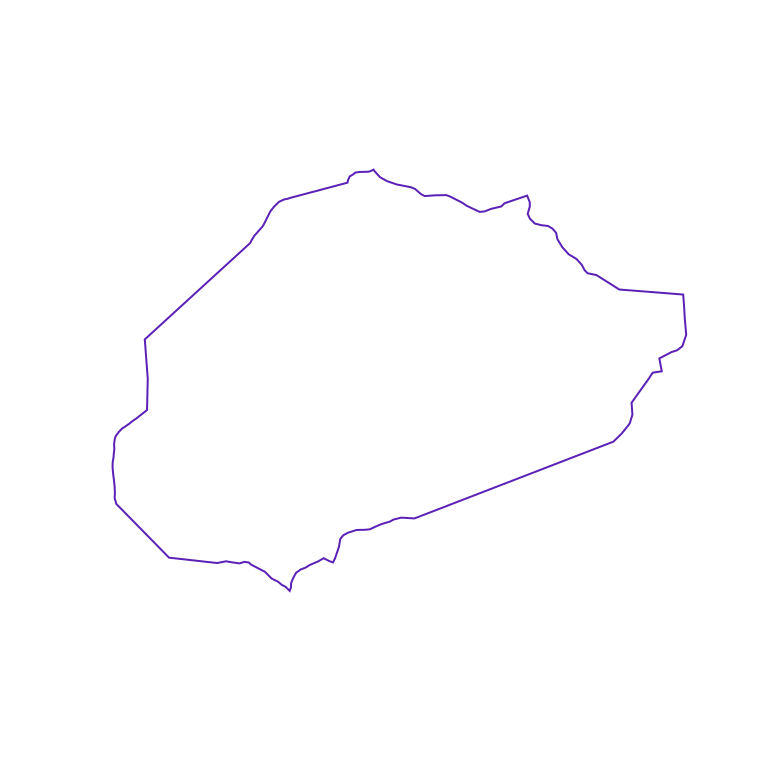 outline of Tou Cochon, Micoud, Saint Lucia, rotated 135°
{"feature_id": "8701671B22263392934776", "entity_name": "Tou Cochon", "entity_type": "district", "adm_level": 2, "iso_a3": "LCA", "parent_name": "Saint Lucia", "parent_adm1": "Micoud", "projection": "mercator", "projection_center": [-60.946, 13.822], "detail": "fine", "context": "isolated", "style": "outline", "palette": "violet", "viewbox_px": 768, "rotation_deg": 135, "n_neighbors": 0, "source": "geoboundaries", "source_scale": "gbopen_adm2", "svg_char_len": 2506}
<svg xmlns="http://www.w3.org/2000/svg" viewBox="0 0 768 768"><g transform="rotate(135 384 384)"><path d="M239.8,542.9L242.8,544.0L244.9,545.1L248.4,548.4L251.4,551.3L255.0,553.9L257.0,553.9L261.5,555.0L265.1,553.7L267.5,552.2L318.5,581.8L321.8,583.5L324.1,585.1L329.5,587.1L331.0,587.1L336.8,587.1L342.4,586.4L346.9,584.9L355.7,582.0L358.3,581.3L367.7,580.7L371.1,580.5L375.9,579.3L379.0,578.3L521.7,584.7L522.0,584.2L538.9,564.6L547.2,554.9L569.9,533.2L572.0,533.4L575.4,533.8L579.3,534.3L583.4,534.7L585.4,535.1L586.4,535.3L589.4,535.8L592.6,536.1L594.6,536.5L597.1,536.9L599.9,537.6L600.9,537.7L602.4,537.7L605.5,537.6L609.4,537.0L610.6,536.8L611.1,536.6L612.3,536.0L614.5,534.6L617.9,531.9L619.3,530.2L620.9,528.5L624.5,525.7L626.1,524.2L629.3,521.8L630.8,520.8L632.4,519.4L633.0,518.8L635.0,516.8L636.9,514.6L638.7,512.4L639.9,510.9L642.6,507.4L644.8,504.7L647.1,501.8L648.5,500.3L651.0,497.6L652.3,496.3L654.1,494.8L654.4,494.5L655.6,493.1L656.6,491.0L658.1,488.5L658.2,474.5L658.8,413.2L628.5,375.3L625.3,373.2L621.0,370.3L619.5,368.1L617.8,365.7L615.3,362.4L613.0,359.3L610.1,357.8L608.5,357.0L608.0,356.3L605.8,353.4L605.8,350.6L604.3,345.8L601.0,335.5L601.0,325.9L598.7,319.1L598.3,314.0L597.0,310.4L597.0,304.4L593.9,305.8L590.3,309.0L585.9,310.8L584.5,311.3L580.7,312.4L579.6,312.7L579.1,312.6L573.9,311.7L571.7,310.7L569.0,309.5L565.1,308.7L564.2,308.4L556.5,305.3L549.9,303.5L549.1,301.2L548.1,298.0L546.3,293.9L541.9,295.3L539.4,296.6L538.3,297.1L536.7,297.9L530.8,300.8L524.6,305.3L522.0,305.6L519.7,305.8L514.8,304.4L506.8,300.3L506.1,299.7L501.0,294.8L497.8,292.1L496.6,291.2L491.2,289.3L484.6,286.6L477.0,282.5L474.2,281.7L473.5,281.6L472.6,281.1L466.4,277.4L457.5,267.4L262.5,181.0L260.4,181.0L250.9,180.9L244.1,181.6L238.3,182.3L235.2,183.9L230.0,186.7L222.2,195.7L213.9,197.1L192.6,200.6L190.1,201.2L186.0,202.0L178.6,196.6L171.2,207.4L158.8,203.5L158.2,203.3L152.9,200.6L150.3,200.3L146.4,199.7L141.0,202.4L135.5,205.1L124.6,218.1L117.7,225.8L111.5,233.0L109.2,235.7L150.8,284.4L156.8,310.9L161.7,318.3L161.7,322.4L159.9,328.4L159.5,336.2L161.7,345.3L161.2,354.5L159.0,363.7L155.4,369.2L155.0,374.7L156.3,379.8L160.3,384.8L163.9,390.8L163.9,397.7L162.1,402.7L155.4,406.4L152.3,409.6L149.6,416.0L171.0,426.6L175.5,426.6L184.4,432.1L190.7,434.8L194.7,438.1L199.6,451.8L200.5,456.9L204.5,469.3L206.3,473.4L213.8,480.7L222.3,488.1L223.6,492.2L224.1,500.0L225.9,504.2L233.9,516.1L238.4,525.3L240.6,533.1L240.1,542.3L239.8,542.9Z" fill="none" stroke="#5b21b6" stroke-width="2"/></g></svg>